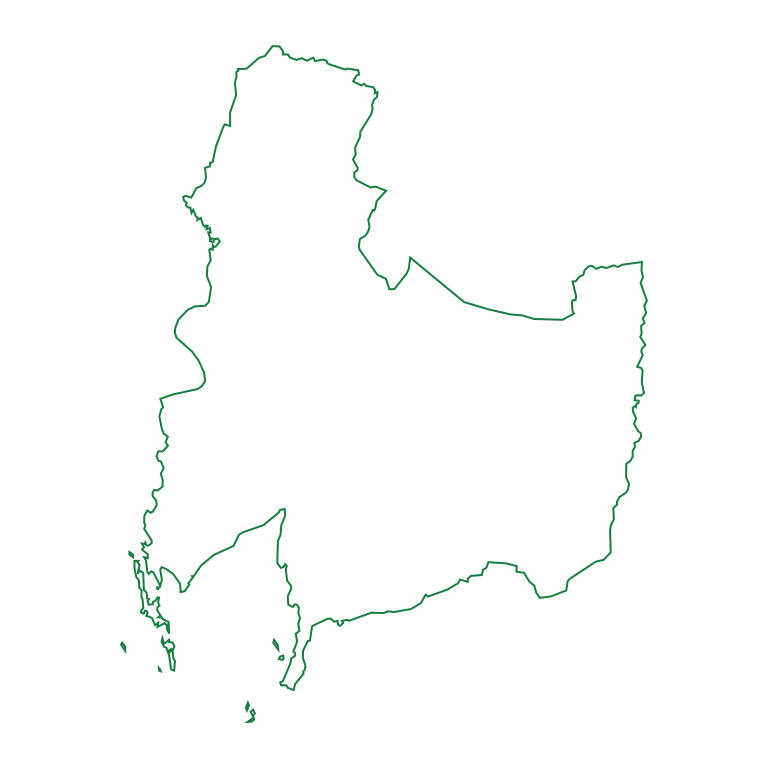 Ao Luek, Krabi, Thailand (Robinson projection)
{"feature_id": "78962969B54777225393770", "entity_name": "Ao Luek", "entity_type": "district", "adm_level": 2, "iso_a3": "THA", "parent_name": "Thailand", "parent_adm1": "Krabi", "projection": "robinson", "projection_center": [98.715, 8.383], "detail": "fine", "context": "isolated", "style": "outline", "palette": "green", "viewbox_px": 768, "rotation_deg": 0, "n_neighbors": 0, "source": "geoboundaries", "source_scale": "gbopen_adm2", "svg_char_len": 6099}
<svg xmlns="http://www.w3.org/2000/svg" viewBox="0 0 768 768"><path d="M641.9,262.0L622.2,264.7L617.7,267.0L613.8,265.4L606.3,268.0L601.2,266.8L596.1,268.9L591.9,265.8L588.5,266.4L584.7,270.2L583.3,274.9L579.3,276.7L575.7,281.3L572.6,281.4L576.1,296.4L575.5,300.3L572.6,300.2L572.0,302.1L572.4,310.4L573.9,313.7L562.5,319.8L534.1,319.0L522.7,315.5L510.4,314.4L488.3,309.3L464.1,302.1L410.2,257.6L408.8,268.7L406.6,273.6L394.4,289.1L389.3,289.3L386.0,278.9L377.3,274.7L359.8,250.0L358.8,246.4L359.9,239.0L365.3,235.7L367.9,232.0L369.5,227.2L368.3,219.7L372.8,209.9L374.3,210.5L375.2,208.7L376.7,201.0L386.1,190.8L375.8,186.7L370.3,187.4L356.3,180.1L354.3,177.0L354.3,172.5L357.4,170.1L357.7,167.9L353.0,159.5L355.7,154.3L355.1,147.7L360.1,136.9L360.3,131.8L371.2,114.3L372.6,108.8L372.1,104.6L374.2,99.5L377.1,96.8L377.5,92.1L374.7,93.3L375.1,89.9L373.2,87.2L366.3,85.9L364.0,83.8L361.2,85.4L353.1,81.3L356.6,75.5L359.2,74.5L358.2,70.3L347.4,68.5L345.3,69.6L329.2,64.3L327.1,63.0L326.6,60.8L322.6,59.5L315.0,61.1L313.4,57.7L306.9,60.7L301.7,58.2L296.6,59.9L289.8,57.5L288.2,54.6L283.0,54.4L283.2,51.6L279.6,46.5L272.5,46.1L264.9,56.0L259.0,57.8L246.4,68.8L237.9,69.0L238.4,70.5L236.3,72.1L236.5,77.2L234.9,82.4L236.1,95.3L230.1,112.4L230.1,126.0L224.7,124.4L223.0,127.6L216.0,146.3L212.7,162.1L210.0,162.8L209.9,166.4L205.1,167.8L206.0,177.5L204.6,182.6L201.5,185.9L196.3,188.1L191.3,197.6L185.5,195.9L183.2,196.9L184.0,200.6L186.9,202.9L185.9,205.4L188.3,207.6L190.4,207.6L191.5,212.9L193.2,209.9L196.0,216.6L197.7,217.6L197.4,220.1L200.8,217.9L203.2,225.5L204.9,226.8L206.0,225.4L207.6,225.9L206.5,229.2L209.9,228.1L210.6,232.6L208.2,232.4L210.1,238.2L212.2,238.6L209.9,239.6L209.9,241.2L213.5,241.9L214.2,239.3L217.9,238.5L219.8,241.6L215.6,246.7L214.0,247.0L212.7,245.1L212.8,249.7L209.9,248.9L209.3,249.9L210.7,260.3L207.4,266.5L206.9,276.0L211.1,287.2L208.8,302.0L205.2,305.7L194.7,306.4L187.6,310.0L178.6,319.3L175.3,327.8L174.8,332.3L176.4,337.6L192.1,351.6L198.4,360.2L204.1,372.5L205.1,381.1L202.0,386.0L197.7,389.0L173.1,394.4L160.4,398.8L163.1,407.4L161.3,409.2L159.4,416.5L162.0,429.6L163.8,433.6L167.8,436.7L165.6,442.2L167.9,445.8L162.9,451.4L158.4,451.3L156.5,456.3L158.5,460.7L160.9,461.4L163.7,468.1L160.8,473.7L162.7,479.9L162.5,486.7L157.6,490.5L154.3,489.9L152.6,492.5L152.6,495.9L156.4,501.1L156.6,505.3L153.1,511.3L150.7,512.8L147.3,510.5L144.3,516.0L144.2,522.9L145.4,524.9L144.2,528.9L151.8,540.8L151.5,543.2L148.3,545.7L146.0,545.0L145.3,542.4L144.2,543.9L142.0,543.5L144.1,547.3L142.0,549.6L147.8,554.2L147.7,558.2L144.1,557.2L146.0,560.6L147.4,572.0L148.9,574.0L151.0,571.4L153.3,572.3L160.2,585.8L161.9,579.9L160.2,569.7L161.7,567.2L166.3,569.1L173.0,573.8L180.1,583.7L180.6,592.1L184.7,591.2L189.3,584.7L188.3,583.4L192.8,577.6L192.1,576.2L193.6,576.3L201.2,565.4L213.9,554.9L233.5,545.9L238.9,534.9L242.2,532.6L263.5,525.1L278.9,512.4L279.9,510.0L284.6,509.0L285.3,515.3L281.2,525.7L280.5,534.9L277.9,540.9L277.3,563.0L280.8,567.9L283.7,566.8L285.1,564.1L286.8,565.9L285.8,569.6L287.1,580.6L290.7,585.3L291.3,588.4L287.8,596.3L288.3,604.7L293.0,607.0L294.6,604.4L297.1,604.8L298.9,607.9L298.3,612.9L300.0,618.0L298.2,623.9L299.5,630.9L295.8,633.7L297.1,641.7L293.4,651.5L295.0,653.0L295.2,655.7L291.2,658.5L290.4,663.5L282.8,681.2L280.2,682.4L281.2,685.4L286.3,685.3L287.8,687.9L293.6,690.0L295.1,684.0L303.5,673.8L303.3,671.5L304.7,669.8L305.5,665.7L302.8,657.8L303.1,650.7L307.9,641.0L309.9,640.6L312.1,626.1L327.5,618.8L330.8,618.6L334.2,621.8L337.5,620.8L338.1,624.9L340.0,625.9L343.2,622.8L342.0,620.9L347.3,619.8L348.8,620.8L371.4,612.7L384.0,613.0L387.7,611.3L394.3,612.0L411.0,609.0L420.9,603.1L425.6,594.7L428.1,596.5L447.3,589.6L458.1,583.2L460.1,579.6L467.8,581.8L468.1,578.5L471.0,575.9L481.8,575.0L483.1,569.7L486.4,567.7L488.5,562.2L506.4,563.4L516.7,566.1L516.5,571.7L524.0,572.8L529.5,581.8L534.2,585.6L536.3,592.7L539.8,597.8L550.7,596.5L566.2,590.5L567.7,581.3L569.3,579.2L595.8,561.6L603.6,559.9L610.7,552.5L610.1,530.8L610.8,525.2L613.8,519.5L613.3,508.1L617.2,504.5L616.9,501.9L619.4,497.1L626.2,492.5L628.1,489.3L629.0,483.9L626.1,477.4L626.3,463.9L630.2,461.2L632.7,456.8L632.6,451.2L635.0,446.7L634.3,443.1L638.7,440.9L641.1,436.6L640.8,433.2L638.1,431.1L634.0,423.7L636.2,418.6L633.2,412.2L632.7,407.7L635.0,406.1L636.1,407.0L636.5,404.0L638.6,402.8L638.7,400.7L634.6,400.2L635.2,396.3L636.7,395.2L641.0,395.6L644.0,393.0L641.8,382.5L642.6,370.7L641.2,368.0L637.2,366.7L642.7,355.2L641.3,351.8L641.8,348.8L645.4,345.0L640.2,336.8L641.6,334.0L641.1,325.8L644.6,323.0L642.8,318.6L646.1,313.0L644.3,305.6L646.9,300.8L640.6,282.9L643.0,277.1L641.5,270.5L641.9,262.0ZM138.4,560.9L134.5,560.9L134.5,568.4L136.2,576.8L138.9,580.3L139.3,587.5L141.6,590.7L141.4,596.6L142.6,599.4L143.3,608.1L141.0,610.7L141.0,612.6L143.7,613.6L144.9,610.8L146.5,610.8L147.6,613.0L146.3,615.9L151.9,617.8L155.1,625.1L158.2,622.9L157.5,626.9L164.7,623.2L166.8,625.1L166.9,629.0L169.2,633.6L168.5,621.9L163.3,619.5L161.6,617.2L158.2,617.3L160.4,615.3L157.2,610.2L157.5,607.2L159.5,605.6L158.1,602.7L159.0,597.5L157.4,597.5L155.7,600.6L152.9,602.0L152.8,604.3L148.7,604.7L147.7,601.3L149.0,599.0L147.2,598.4L146.6,592.7L143.9,590.0L143.2,572.9L139.7,570.7L137.6,573.8L139.6,565.0L137.6,562.2L138.4,560.9ZM164.1,643.8L162.4,638.1L161.6,641.5L164.0,646.7L166.4,647.7L169.1,655.4L171.1,669.3L174.1,670.6L175.0,661.1L173.4,658.3L172.6,650.9L171.2,650.4L169.7,652.2L169.3,650.2L171.3,648.8L173.0,650.3L174.4,646.1L172.5,642.6L169.1,642.0L169.0,639.8L164.1,643.8ZM278.2,649.5L277.7,644.9L274.1,639.9L273.3,642.7L278.2,649.5ZM125.2,650.9L125.2,646.6L122.1,642.7L121.1,644.6L125.2,650.9ZM252.8,716.1L254.9,713.3L253.1,709.6L250.6,711.7L252.8,716.1ZM133.1,554.5L129.4,552.0L129.4,554.5L133.0,557.3L133.1,554.5ZM283.7,658.4L283.0,655.6L280.1,656.6L278.9,659.0L282.3,660.0L283.7,658.4ZM251.6,721.6L254.2,719.6L253.5,717.6L247.6,721.9L251.6,721.6ZM247.0,710.4L249.0,705.3L247.9,702.7L245.9,707.8L247.0,710.4ZM160.8,671.3L160.1,669.4L158.9,668.0L159.2,670.7L160.8,671.3ZM158.3,589.0L158.9,587.3L157.3,587.2L157.0,588.6L158.3,589.0Z" fill="none" stroke="#15803d" stroke-width="2"/></svg>